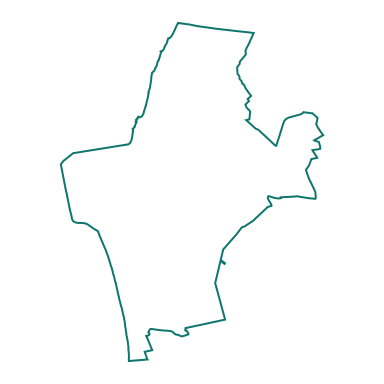 Liepāja, Liepāja, Latvia (Natural Earth projection)
{"feature_id": "27541924B54461346766762", "entity_name": "Liepāja", "entity_type": "district", "adm_level": 2, "iso_a3": "LVA", "parent_name": "Latvia", "parent_adm1": "Liepāja", "projection": "natural_earth1", "projection_center": [21.025, 56.537], "detail": "fine", "context": "isolated", "style": "outline", "palette": "teal", "viewbox_px": 384, "rotation_deg": 0, "n_neighbors": 0, "source": "geoboundaries", "source_scale": "gbopen_adm2", "svg_char_len": 5724}
<svg xmlns="http://www.w3.org/2000/svg" viewBox="0 0 384 384"><path d="M225.1,319.6L215.2,283.1L220.5,260.8L224.5,263.9L225.0,263.2L220.7,260.0L223.2,249.5L236.1,234.8L241.9,227.3L244.8,226.3L253.6,220.4L255.2,218.7L257.1,217.0L267.8,206.9L270.9,206.1L271.2,206.0L271.1,205.1L271.4,205.0L270.1,202.2L269.5,201.6L269.3,201.2L268.9,200.6L267.9,198.3L267.9,198.1L268.0,196.6L268.2,196.3L268.6,196.2L269.0,196.2L274.5,197.9L275.4,198.1L279.0,198.5L281.0,198.1L280.9,197.6L280.8,197.3L294.0,196.6L296.2,196.3L298.6,196.4L299.2,196.7L308.9,198.2L315.4,198.8L315.8,197.6L315.4,192.4L315.2,191.7L311.1,182.9L309.3,179.4L307.8,175.5L305.9,169.9L309.0,165.6L310.6,161.3L311.3,159.1L317.2,157.8L316.7,156.7L315.2,154.6L314.9,153.9L312.6,150.8L312.4,150.1L316.9,149.5L320.2,148.9L320.2,146.6L318.8,142.0L314.8,140.7L314.2,140.3L323.2,135.1L321.0,132.3L319.3,129.7L318.2,128.1L316.2,124.3L317.0,120.9L317.6,117.9L314.2,114.9L313.3,114.2L312.6,113.4L312.2,113.2L311.7,113.3L311.0,113.2L310.6,113.1L303.4,112.2L303.2,112.5L302.2,113.4L301.6,113.9L300.1,114.5L289.7,117.3L288.0,117.9L287.0,118.5L286.1,119.0L285.5,119.6L284.8,120.3L284.3,120.9L284.0,121.5L283.1,124.0L279.6,135.4L276.4,145.2L276.2,145.8L275.2,145.5L263.7,134.7L258.2,129.7L255.6,128.6L246.2,120.1L249.4,119.3L250.2,111.4L246.7,107.7L245.4,104.6L249.0,101.1L247.7,99.0L251.1,95.9L248.1,91.9L245.5,88.1L243.8,84.5L242.3,83.7L241.5,81.1L239.5,78.8L239.4,76.4L237.5,73.6L237.1,67.4L239.7,63.8L239.8,61.7L244.5,56.1L245.8,54.5L245.5,50.6L246.8,47.6L248.8,44.0L250.2,40.6L253.7,33.1L248.2,32.3L238.6,31.3L216.7,28.8L197.3,26.1L189.5,24.5L177.9,23.0L177.7,23.6L177.5,24.2L176.9,25.2L176.6,25.8L176.2,26.6L176.1,27.1L175.8,27.5L175.7,27.8L175.4,28.4L174.8,30.0L174.0,31.3L172.9,33.8L172.6,34.3L171.7,35.7L171.0,36.7L170.9,36.9L170.4,37.4L169.5,38.1L168.5,38.2L168.1,38.5L168.1,39.0L167.8,39.9L167.4,40.7L167.2,42.0L166.9,42.7L166.9,42.9L166.1,44.2L165.7,44.8L165.3,45.4L165.2,45.9L165.0,46.3L164.7,46.6L164.1,48.0L164.1,48.3L164.1,48.5L163.8,48.9L163.4,49.7L163.1,50.1L162.2,51.1L161.4,51.0L161.2,51.1L161.5,51.2L161.1,52.1L160.9,52.9L160.8,53.2L160.6,53.7L160.6,54.1L160.4,54.7L160.1,55.4L159.7,57.2L159.5,57.6L159.4,58.0L159.2,58.4L159.0,59.3L158.8,59.6L158.8,59.9L158.8,60.1L158.5,60.5L158.3,60.6L157.7,61.9L157.3,62.6L157.3,63.3L157.2,63.8L156.7,65.5L156.4,66.2L156.2,66.6L156.1,66.8L155.6,67.5L155.7,67.8L155.2,68.3L155.0,68.9L154.5,69.9L154.5,70.1L154.4,70.4L154.3,70.5L153.8,71.4L153.1,71.7L152.6,72.2L152.2,72.6L152.1,73.0L151.8,73.3L151.8,73.5L152.0,73.6L151.6,75.2L151.4,76.6L151.3,77.5L151.1,79.8L151.0,81.0L150.7,82.8L150.7,83.1L150.3,85.1L150.3,85.5L149.9,87.5L149.9,88.0L148.4,92.4L148.7,92.6L148.4,94.2L147.6,98.5L147.0,100.7L145.9,105.1L146.1,105.5L145.8,105.7L143.9,111.7L143.6,113.1L142.8,115.0L142.3,115.8L142.0,116.2L141.3,116.7L140.3,117.2L139.0,117.3L138.8,117.1L138.5,116.7L138.3,116.8L138.0,117.1L137.8,117.7L137.5,117.9L137.3,118.4L137.2,118.4L137.1,118.5L137.0,118.8L136.8,119.0L136.6,119.2L136.8,119.3L136.3,119.6L136.4,119.8L136.3,120.0L136.3,120.3L136.1,120.3L136.0,120.5L136.5,120.8L136.7,121.1L136.7,121.4L136.5,121.6L136.0,121.9L136.2,122.0L136.3,122.4L136.3,122.6L136.1,123.2L135.2,124.9L135.1,125.4L134.9,125.9L135.0,126.2L134.9,126.5L134.7,126.6L134.6,127.0L133.9,127.4L134.0,127.6L133.8,127.9L133.6,128.3L133.3,128.8L133.0,128.9L133.1,129.0L133.2,129.6L133.0,130.0L132.9,130.1L132.8,130.5L132.9,130.8L133.1,131.0L132.9,131.9L132.5,134.0L132.5,134.9L131.9,138.4L131.5,139.9L131.1,141.0L130.7,141.9L130.3,142.6L129.8,143.2L129.2,143.7L128.6,144.2L128.0,144.4L73.1,153.2L63.4,161.0L60.8,164.2L65.6,188.9L66.7,193.7L69.8,209.3L71.3,215.2L71.9,218.3L72.2,219.4L73.2,221.2L75.5,222.5L76.1,222.6L78.0,222.9L82.1,223.0L84.0,223.2L85.6,223.5L86.7,223.9L87.7,224.4L88.6,225.1L94.7,229.3L96.1,230.1L98.0,231.2L98.3,232.5L98.7,233.3L99.1,234.0L99.3,234.8L99.5,235.8L100.5,237.8L101.0,239.0L101.3,239.9L102.3,242.1L102.8,243.0L103.2,244.3L103.6,245.2L103.9,245.8L104.4,247.0L105.0,248.4L105.7,249.9L106.1,251.2L106.5,252.1L107.0,253.8L107.4,254.6L108.4,257.4L108.5,258.0L109.4,260.8L109.8,262.0L110.3,263.7L110.7,265.2L110.9,265.9L111.0,266.1L111.2,266.7L111.3,266.8L111.4,267.1L112.2,269.7L112.7,271.5L112.9,273.0L113.1,273.8L113.7,275.4L114.2,277.0L114.7,279.3L114.9,280.7L115.2,281.5L115.4,282.4L116.0,283.6L116.1,284.4L116.5,286.6L117.0,288.8L117.1,289.4L117.5,290.8L117.8,292.6L117.9,292.8L118.2,294.5L118.3,295.0L118.5,295.7L118.6,296.2L118.8,296.6L118.8,297.0L119.2,298.6L119.3,299.1L121.1,306.2L121.6,307.5L123.1,314.4L123.7,316.6L124.0,317.3L124.2,319.4L124.5,320.5L124.7,321.8L124.8,322.6L124.8,323.4L125.1,324.6L125.0,325.7L125.3,327.1L125.5,327.7L125.7,329.5L125.8,330.3L125.9,331.4L126.3,333.0L126.3,334.0L126.5,335.4L127.1,337.7L127.1,338.6L127.4,339.5L128.0,343.6L128.2,345.5L128.3,346.0L128.3,346.5L128.5,347.8L128.5,348.6L128.3,349.0L128.4,349.4L128.5,349.9L128.6,351.6L128.8,352.4L128.8,354.5L128.9,355.0L129.0,356.9L128.9,357.4L128.8,359.2L128.9,360.4L128.9,361.0L147.5,359.5L147.0,358.5L144.7,351.8L152.2,350.2L146.9,337.1L146.7,337.2L146.2,335.9L148.8,335.3L149.1,334.9L149.2,334.4L149.5,333.9L149.4,333.5L149.0,332.9L148.4,332.5L148.7,331.6L149.2,330.8L149.5,330.1L149.8,329.4L150.3,329.2L150.8,329.0L151.9,329.0L156.7,329.7L160.2,330.2L163.6,330.5L167.5,330.7L170.1,331.0L170.8,331.1L171.4,331.3L172.2,331.7L172.4,331.9L172.9,332.1L173.3,332.5L173.8,333.1L174.1,333.3L174.8,333.7L174.9,333.8L174.9,334.0L175.4,334.3L176.9,334.8L178.4,334.8L178.7,334.9L180.2,335.9L180.7,336.1L181.4,336.3L182.6,336.2L183.0,336.2L185.1,335.5L186.9,334.8L188.2,334.5L188.5,334.1L188.5,333.9L188.5,333.7L188.0,333.0L187.3,331.5L186.4,330.4L185.6,330.6L185.3,330.5L185.3,330.3L185.5,328.1L225.1,319.6Z" fill="none" stroke="#0f766e" stroke-width="2"/></svg>